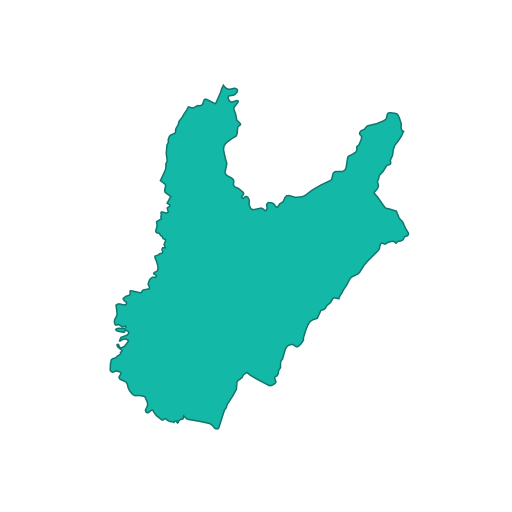 outline of Krong A Na, Đắk Lắk, Vietnam, rotated 115°
{"feature_id": "81297802B38165084831058", "entity_name": "Krong A Na", "entity_type": "district", "adm_level": 2, "iso_a3": "VNM", "parent_name": "Vietnam", "parent_adm1": "Đắk Lắk", "projection": "orthographic", "projection_center": [108.03, 12.494], "detail": "fine", "context": "isolated", "style": "filled", "palette": "teal", "viewbox_px": 512, "rotation_deg": 115, "n_neighbors": 0, "source": "geoboundaries", "source_scale": "gbopen_adm2", "svg_char_len": 6145}
<svg xmlns="http://www.w3.org/2000/svg" viewBox="0 0 512 512"><g transform="rotate(115 256 256)"><path d="M80.6,174.9L80.6,176.5L80.2,177.4L77.8,179.0L74.9,180.1L70.5,184.2L68.3,186.8L67.6,188.5L68.0,190.6L69.5,195.1L70.1,196.1L70.9,196.7L72.0,196.9L75.7,196.1L77.5,196.2L80.0,197.9L85.0,202.5L90.6,209.6L92.0,210.5L95.4,211.3L98.1,213.7L98.9,214.0L100.3,214.1L101.5,213.8L102.0,213.1L102.3,212.0L103.5,210.5L106.6,209.8L112.1,209.7L113.8,210.7L114.9,210.8L117.0,209.4L119.5,209.4L123.1,211.6L126.5,214.4L127.7,214.6L137.9,211.7L140.5,211.7L142.7,213.1L145.9,219.7L146.8,220.4L147.9,220.9L149.2,220.9L154.7,219.8L155.9,220.3L164.0,227.0L172.9,233.2L179.3,236.4L182.1,238.5L183.4,240.2L186.3,245.2L187.2,251.5L188.4,253.6L190.8,254.5L194.5,254.3L195.5,254.5L198.6,256.5L202.7,257.1L202.9,258.2L202.7,259.4L201.4,261.4L201.1,263.0L201.2,264.2L202.3,267.3L203.1,267.8L204.5,268.1L205.5,267.9L206.9,266.7L208.3,266.0L210.5,266.1L210.9,266.5L211.0,267.4L210.4,268.9L210.3,271.4L214.9,277.6L215.4,278.7L215.2,280.8L213.7,282.6L212.0,284.2L209.7,284.9L208.2,285.8L206.8,287.4L206.2,288.5L206.1,289.6L206.6,290.7L207.5,291.3L208.9,291.7L209.3,292.4L209.1,293.4L208.3,294.1L205.9,293.4L204.3,293.7L203.7,294.7L202.3,299.9L202.1,300.9L202.4,303.8L201.9,305.4L200.8,306.7L197.5,307.7L196.2,309.1L195.6,311.2L195.4,315.7L195.0,317.3L193.9,319.0L192.9,319.6L188.2,320.5L184.1,321.8L181.0,324.6L174.5,329.6L172.6,330.7L169.9,331.4L167.2,331.2L164.3,329.9L159.8,327.5L155.5,324.6L152.6,324.9L147.4,326.9L146.4,326.9L143.7,325.6L143.0,325.8L142.6,326.3L140.9,330.9L136.3,334.2L132.0,338.3L130.8,338.8L125.0,337.4L123.9,337.3L123.1,337.7L123.0,338.3L123.4,339.4L125.9,341.9L127.0,343.7L126.4,346.1L124.6,348.2L122.7,348.5L122.4,348.3L119.7,344.3L118.7,343.4L115.3,342.4L113.5,342.9L112.9,343.8L112.9,346.2L115.9,350.1L116.5,351.4L116.6,353.4L116.2,355.5L115.0,357.7L118.7,357.8L123.1,357.2L134.2,357.0L135.2,357.4L134.9,367.0L135.2,368.1L135.8,368.8L136.6,369.0L141.3,368.5L142.5,369.2L143.8,370.8L144.3,372.5L148.1,375.2L148.8,376.5L149.4,380.3L153.1,380.5L158.7,381.4L161.0,381.4L166.6,382.7L170.1,382.0L174.3,382.4L176.0,382.1L177.5,381.3L179.0,381.4L182.4,384.4L184.0,385.0L187.1,384.9L190.4,383.4L193.1,383.6L201.0,380.7L207.2,376.7L210.8,376.6L213.5,375.2L216.3,374.5L228.1,374.5L229.4,368.5L230.2,367.7L235.0,366.6L236.5,365.6L237.0,364.0L238.2,358.1L239.8,358.5L245.7,358.9L246.1,355.9L247.2,355.1L249.9,356.8L251.4,355.8L252.7,354.3L253.8,354.2L255.0,355.5L255.8,360.0L256.6,360.5L257.7,360.1L258.3,359.1L259.6,359.1L261.1,358.6L262.2,357.4L266.7,360.5L267.5,360.3L269.5,358.9L271.6,358.1L275.3,357.6L276.3,357.1L277.0,355.8L276.3,353.3L277.8,351.0L277.7,349.5L279.5,347.7L279.4,345.0L280.4,344.5L284.4,344.2L286.9,341.6L288.0,344.1L290.1,343.9L291.6,342.3L293.0,342.1L294.8,344.4L296.5,345.0L298.8,347.5L300.3,346.8L303.1,343.7L307.1,340.3L309.6,339.3L311.7,339.3L313.7,341.0L314.9,341.5L315.5,341.0L315.6,338.2L316.4,337.7L317.9,338.2L319.0,340.9L321.8,342.3L324.9,342.3L327.4,341.7L328.9,339.7L330.1,339.0L331.2,339.4L334.5,343.9L335.8,344.4L337.3,344.4L338.1,344.9L340.3,354.8L341.1,355.3L343.6,354.0L345.1,354.2L347.4,356.8L350.4,358.4L351.3,358.1L352.2,356.3L352.9,353.8L354.0,353.1L355.2,353.5L356.3,355.3L356.8,358.3L357.6,360.6L359.7,362.1L366.3,357.9L368.8,357.0L373.5,357.2L375.8,356.4L377.2,355.3L377.9,354.1L377.4,352.8L376.5,352.3L376.2,351.0L376.8,347.1L376.4,346.4L375.2,345.7L374.8,345.0L375.0,344.1L375.6,343.9L377.5,344.3L379.2,349.3L380.3,351.1L381.7,352.0L382.6,351.3L382.3,348.2L381.1,343.8L380.5,343.1L378.6,342.9L378.2,342.5L378.4,340.0L379.0,339.1L380.1,338.8L382.0,339.3L386.9,344.0L390.6,343.9L390.5,343.2L387.8,341.4L386.3,339.0L386.3,336.7L387.2,335.6L393.6,337.1L396.3,339.4L396.4,340.5L396.0,341.4L394.4,343.2L394.4,343.9L395.0,344.4L395.6,344.3L396.9,342.7L398.1,337.9L398.7,337.3L399.5,337.3L400.5,338.1L402.0,337.5L402.9,337.7L405.6,339.5L407.4,339.9L409.5,342.3L411.2,343.3L414.4,342.6L420.8,340.1L421.5,339.4L422.0,338.3L421.8,336.5L419.6,334.6L418.9,332.9L418.7,330.0L419.1,329.2L419.9,328.7L423.6,329.0L424.3,328.6L425.2,327.0L425.1,322.1L425.3,320.3L426.3,318.7L429.4,316.2L431.6,313.6L433.5,309.6L433.8,306.8L431.7,302.7L430.6,298.6L430.6,297.1L434.5,292.7L436.4,291.4L437.9,291.1L442.5,291.1L444.0,289.7L444.0,288.0L443.2,287.2L440.5,285.9L439.6,285.1L439.3,284.5L441.2,281.9L442.8,278.7L444.4,271.9L444.1,271.0L442.4,270.2L441.6,269.1L442.3,267.1L442.4,265.2L442.3,263.8L441.5,261.2L441.6,260.1L439.7,259.5L439.0,258.5L439.1,257.6L440.2,257.4L440.5,256.5L439.8,256.2L437.3,256.2L436.4,255.6L434.8,253.5L433.8,253.2L432.2,254.0L431.4,254.0L432.7,250.7L432.9,248.9L429.8,237.7L427.4,227.1L428.3,222.9L429.3,221.4L429.6,219.5L428.8,217.5L427.4,217.1L412.0,219.1L408.6,219.4L406.1,218.8L402.9,219.4L392.4,217.9L385.2,217.4L378.4,219.9L377.0,219.9L373.3,217.8L372.1,217.3L369.0,217.2L365.4,215.1L366.4,211.1L367.2,203.5L367.9,189.4L366.9,187.2L364.5,185.5L362.7,184.7L361.5,184.8L358.6,187.7L357.4,187.7L355.7,186.3L353.2,186.1L351.0,186.9L349.4,187.0L346.8,186.6L342.0,188.8L340.0,188.9L338.4,188.4L328.1,190.0L325.3,189.8L323.0,188.6L321.1,186.4L320.7,184.6L321.2,181.9L321.1,180.5L319.5,179.2L316.3,178.0L312.2,177.4L310.3,178.4L302.7,179.5L296.7,179.8L292.8,179.4L289.7,177.5L286.6,174.1L278.0,174.2L275.7,171.8L274.2,171.1L270.8,170.8L267.5,169.1L265.9,168.7L262.6,168.4L260.8,167.6L259.8,162.8L256.6,163.1L253.2,162.5L250.4,162.5L244.5,161.6L236.6,161.2L234.6,160.4L229.3,156.1L227.2,155.2L219.0,154.2L212.9,152.5L200.5,147.9L197.4,147.2L194.0,148.1L191.9,148.0L191.2,147.5L190.9,146.9L190.9,144.5L190.2,143.5L188.5,142.6L186.2,140.3L184.9,138.3L184.6,137.0L185.2,134.9L185.1,134.3L183.0,133.9L181.5,131.5L180.2,130.2L178.7,129.5L176.4,129.6L175.4,129.1L173.7,127.3L172.7,127.0L171.0,127.3L167.7,132.2L163.1,137.5L161.2,142.2L156.0,147.8L157.0,155.0L157.8,158.4L157.4,159.9L151.0,171.1L149.1,175.5L148.1,175.6L145.0,174.7L142.3,174.4L140.5,174.7L137.3,177.4L134.2,177.5L131.3,178.2L130.2,178.1L125.5,176.5L119.1,175.8L118.1,175.2L116.3,173.2L115.2,173.1L114.0,173.6L112.5,174.7L107.1,174.8L101.5,176.5L97.1,177.0L91.6,175.7L86.2,174.9L80.6,174.9Z" fill="#14b8a6" stroke="#0f766e" stroke-width="1.5"/></g></svg>